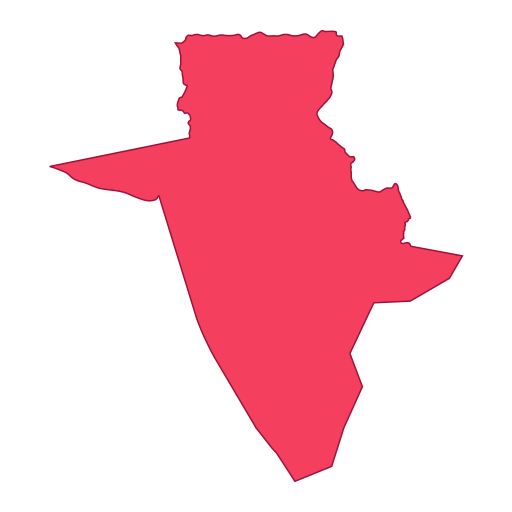 Atima, Santa Bárbara, Honduras (Robinson projection)
{"feature_id": "27666195B460141259069", "entity_name": "Atima", "entity_type": "district", "adm_level": 2, "iso_a3": "HND", "parent_name": "Honduras", "parent_adm1": "Santa Bárbara", "projection": "robinson", "projection_center": [-88.493, 14.908], "detail": "fine", "context": "isolated", "style": "filled", "palette": "rose", "viewbox_px": 512, "rotation_deg": 0, "n_neighbors": 0, "source": "geoboundaries", "source_scale": "gbopen_adm2", "svg_char_len": 5870}
<svg xmlns="http://www.w3.org/2000/svg" viewBox="0 0 512 512"><path d="M294.9,481.3L331.7,466.3L343.8,427.9L362.4,386.7L349.9,353.5L373.8,302.8L410.2,301.1L449.4,278.3L462.4,255.9L410.9,246.3L410.5,245.6L410.0,244.3L409.7,243.8L409.1,243.2L408.4,242.9L407.3,242.7L406.1,242.8L405.4,242.9L404.0,243.4L403.0,243.6L402.6,243.5L401.0,242.9L400.8,242.6L400.6,241.9L400.7,241.1L400.8,240.6L401.2,240.3L402.0,239.7L403.3,238.6L403.8,238.3L403.9,238.1L403.7,237.2L403.5,235.2L403.8,233.0L403.7,232.7L403.4,232.2L403.5,231.6L404.0,231.1L404.4,230.6L404.6,230.0L404.8,229.5L404.8,229.0L404.5,228.4L404.5,228.0L404.6,227.5L404.9,226.8L405.1,226.0L405.3,225.0L405.3,224.2L405.2,223.6L404.8,223.0L404.8,222.6L405.0,222.4L405.3,222.2L405.9,221.9L406.9,221.7L407.4,221.3L408.2,220.4L408.6,219.3L408.9,218.8L409.3,218.5L409.9,218.4L410.2,218.2L410.4,217.8L410.5,217.3L410.4,216.8L410.0,216.2L409.7,215.1L409.4,214.4L409.0,213.7L407.6,210.2L406.6,208.3L405.4,206.2L403.7,203.1L403.2,201.5L402.9,200.3L402.7,200.0L402.1,199.8L401.9,199.5L401.0,196.4L400.4,195.0L399.9,193.5L399.1,192.0L398.6,190.9L397.8,186.0L397.4,185.3L396.9,184.5L396.4,184.0L395.8,183.7L395.4,183.6L395.0,183.7L394.6,183.9L394.2,184.4L393.7,185.3L393.1,186.5L392.7,187.1L392.2,187.6L391.8,188.0L391.1,188.2L387.3,188.0L386.5,188.1L383.2,189.8L380.4,191.6L379.6,192.0L379.3,192.1L378.8,192.1L377.8,191.9L371.7,190.3L366.0,189.7L365.7,189.7L365.3,189.8L364.6,190.2L364.0,190.7L363.0,190.8L361.5,190.7L360.4,190.5L359.2,190.0L358.1,189.2L357.1,188.3L356.6,187.7L355.3,185.5L353.3,182.3L352.5,181.3L352.2,180.9L351.9,180.3L351.7,179.5L351.4,177.9L351.2,177.0L351.2,174.8L351.2,172.3L351.2,171.8L350.9,170.6L350.8,169.7L350.9,168.9L351.1,167.8L351.2,167.2L350.8,164.9L350.7,164.0L350.8,163.7L351.0,163.4L352.1,162.7L352.9,162.0L353.8,161.0L354.5,160.0L354.6,159.6L354.7,159.0L354.5,158.3L354.3,157.6L353.8,156.9L353.6,156.7L353.3,156.7L352.8,156.7L351.6,156.8L350.1,156.8L349.5,156.7L345.2,152.3L345.0,151.8L344.6,149.1L341.2,146.8L337.9,144.0L336.2,142.3L334.8,141.2L332.8,139.9L332.2,139.7L331.3,139.6L330.9,139.4L330.7,139.1L330.6,138.6L330.5,138.0L330.5,137.5L330.8,137.3L331.2,136.4L332.2,134.6L332.4,134.0L332.5,133.3L332.6,132.3L332.5,131.4L332.3,130.6L332.0,129.9L331.6,129.3L331.2,128.9L329.9,128.1L328.0,127.0L324.4,124.1L322.2,122.6L321.2,121.8L320.5,120.9L319.7,120.0L318.5,117.9L317.8,116.5L317.2,115.1L317.0,114.3L316.9,113.7L317.0,112.8L317.3,112.0L317.9,110.9L318.5,110.0L319.9,108.3L322.3,105.8L324.3,103.4L325.0,102.8L326.1,101.8L326.7,101.2L329.7,97.6L330.9,95.4L331.7,93.4L331.9,92.6L331.9,91.8L331.4,90.0L330.8,88.8L330.8,88.4L331.1,86.6L332.9,78.7L333.2,76.6L333.2,74.4L332.9,71.2L332.8,69.8L332.9,69.3L333.1,68.6L333.7,67.1L336.1,60.2L336.6,59.3L337.5,58.3L338.1,57.4L338.5,56.7L339.0,55.8L339.1,55.3L339.9,51.0L342.3,46.7L343.5,44.1L343.1,42.0L342.7,38.7L342.3,37.2L341.8,36.0L340.5,36.0L338.4,36.2L337.6,36.0L336.7,35.3L336.3,34.2L336.2,33.4L336.3,32.7L336.2,32.2L335.7,31.7L334.2,31.4L331.3,31.3L325.2,31.5L324.3,31.4L323.9,31.1L323.1,30.8L322.3,30.7L321.4,31.0L320.1,31.9L318.8,33.1L315.5,36.9L314.4,37.4L313.3,37.6L311.1,37.0L307.2,34.5L305.7,34.0L303.8,34.0L298.9,35.5L296.9,35.8L294.8,35.9L292.4,35.8L287.7,34.5L286.1,34.4L283.5,34.5L279.1,35.8L277.0,36.1L275.7,35.9L272.3,35.9L270.7,36.0L268.9,36.0L267.0,35.9L261.4,32.6L260.9,32.4L259.8,32.3L258.7,32.4L257.8,32.7L255.9,33.5L253.4,34.7L251.4,35.4L250.9,35.6L247.6,37.8L247.2,38.0L246.0,38.3L244.7,38.5L243.3,38.3L242.3,37.9L241.9,37.5L241.0,36.0L240.1,35.0L239.3,34.6L238.1,34.4L237.0,34.5L235.4,35.0L234.7,35.2L232.1,35.5L230.5,35.6L227.6,35.6L225.0,35.4L222.4,35.0L220.8,35.0L219.1,35.2L216.1,36.0L215.2,36.1L214.1,36.2L212.7,36.1L209.6,35.2L208.3,34.9L207.6,34.9L204.0,35.6L203.3,35.6L201.9,35.5L200.2,35.2L198.1,34.5L197.3,34.4L196.1,34.5L194.5,34.7L193.7,34.9L192.7,35.4L192.1,35.5L191.1,35.5L188.9,35.2L188.2,35.3L187.7,35.6L187.1,36.1L186.2,37.3L185.8,38.0L185.7,39.1L185.5,39.5L185.3,40.0L184.8,40.7L184.2,41.2L183.1,42.2L181.8,43.1L181.4,43.2L180.6,43.2L175.3,42.9L175.9,44.0L176.6,45.2L177.4,46.2L178.4,47.4L179.0,48.4L179.2,49.0L180.8,56.2L180.7,60.7L180.8,62.1L180.8,63.2L180.7,64.3L180.1,66.9L180.0,68.4L180.1,68.9L180.5,69.6L180.9,70.1L181.5,70.5L181.7,70.8L182.0,71.4L182.2,72.0L182.3,72.8L182.3,74.1L182.4,74.9L182.5,75.8L182.8,76.7L183.0,78.4L183.2,80.7L183.2,82.3L183.3,82.9L183.4,83.3L183.7,83.7L184.3,84.4L185.2,84.9L187.0,85.5L187.0,86.6L186.5,88.0L185.0,91.6L184.6,92.6L183.5,94.4L182.3,96.7L182.1,97.1L181.8,97.3L180.9,97.3L179.8,97.8L179.4,98.1L179.0,98.7L177.5,103.3L177.3,104.9L177.3,105.9L177.6,107.0L178.1,108.3L178.1,108.7L177.9,109.4L178.0,109.6L178.2,109.8L178.4,110.0L178.9,110.1L180.1,110.0L181.0,110.2L181.6,110.3L182.2,110.5L182.6,110.8L183.2,111.4L184.7,113.3L186.0,113.1L187.1,112.9L187.5,112.9L187.8,113.0L188.4,113.5L188.8,114.1L189.1,114.3L190.1,115.5L190.3,117.0L190.6,118.6L190.6,119.3L190.5,119.9L190.3,120.3L190.0,120.7L189.2,121.0L188.8,121.4L188.4,122.2L188.2,123.0L188.3,123.4L188.6,124.0L189.3,124.8L189.9,125.3L190.1,125.6L190.2,125.9L190.3,126.6L190.4,128.2L190.3,129.1L190.2,129.5L189.9,130.1L189.8,131.3L189.3,132.6L189.1,133.5L189.2,133.8L189.6,134.8L189.7,135.4L189.7,136.2L189.5,138.0L49.6,166.5L51.2,166.9L55.1,168.1L61.3,170.5L64.6,171.9L66.5,172.9L68.0,174.0L69.0,174.8L71.0,176.8L72.8,178.2L74.5,179.3L76.3,180.1L78.0,180.8L79.5,181.3L83.8,182.4L85.5,183.0L89.0,184.3L94.2,186.5L96.8,187.5L99.1,188.2L102.1,188.8L105.9,189.4L115.7,190.6L119.1,191.2L123.1,192.1L125.4,192.8L127.4,193.5L134.2,196.5L139.2,198.4L141.9,199.3L143.8,199.9L146.0,200.4L147.4,200.6L149.3,200.8L151.4,200.7L153.5,200.3L155.0,199.9L156.0,199.3L157.0,198.4L157.4,197.7L158.0,196.5L158.5,195.8L158.9,195.9L159.0,196.1L196.6,318.2L198.5,323.4L201.7,331.3L203.4,335.2L207.0,342.8L210.7,350.4L214.8,357.9L256.1,427.9L272.1,448.3L276.5,452.9L294.9,481.3Z" fill="#f43f5e" stroke="#9f1239" stroke-width="1.5"/></svg>